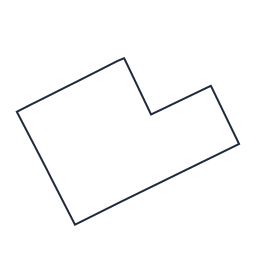 Gaiman, Chubut, Argentina, rotated 155°
{"feature_id": "61730980B48415799275237", "entity_name": "Gaiman", "entity_type": "district", "adm_level": 2, "iso_a3": "ARG", "parent_name": "Argentina", "parent_adm1": "Chubut", "projection": "equal_earth", "projection_center": [-66.074, -43.318], "detail": "fine", "context": "isolated", "style": "outline", "palette": "slate", "viewbox_px": 256, "rotation_deg": 155, "n_neighbors": 0, "source": "geoboundaries", "source_scale": "gbopen_adm2", "svg_char_len": 435}
<svg xmlns="http://www.w3.org/2000/svg" viewBox="0 0 256 256"><g transform="rotate(155 128 128)"><path d="M221.9,189.7L219.6,137.1L219.5,132.9L219.4,131.4L219.1,124.2L219.0,120.7L218.8,114.0L216.9,62.8L164.4,64.2L34.1,66.6L35.0,129.0L35.1,131.2L39.7,131.2L101.4,130.5L101.8,175.7L101.9,184.9L102.0,190.9L102.1,192.9L109.2,193.2L147.8,191.9L200.5,190.4L205.6,190.3L221.9,189.7Z" fill="none" stroke="#1e293b" stroke-width="2"/></g></svg>